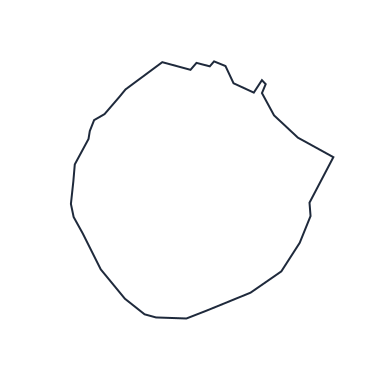 outline of Nomwin, Federated States of Micronesia, rotated 25°
{"feature_id": "79324940B5311859282342", "entity_name": "Nomwin", "entity_type": "district", "adm_level": 2, "iso_a3": "FSM", "parent_name": "Federated States of Micronesia", "parent_adm1": "", "projection": "equal_earth", "projection_center": [151.746, 8.431], "detail": "fine", "context": "isolated", "style": "outline", "palette": "slate", "viewbox_px": 384, "rotation_deg": 25, "n_neighbors": 0, "source": "geoboundaries", "source_scale": "gbopen_adm2", "svg_char_len": 598}
<svg xmlns="http://www.w3.org/2000/svg" viewBox="0 0 384 384"><g transform="rotate(25 192 192)"><path d="M303.0,152.0L304.4,122.2L305.4,100.7L265.0,98.0L234.0,87.9L213.6,72.8L213.2,63.1L208.1,61.1L206.0,75.8L183.7,75.9L169.1,63.7L156.8,64.3L155.0,70.6L141.5,73.1L139.0,81.9L110.2,86.9L88.4,127.1L85.9,136.8L79.8,158.4L72.9,168.2L73.6,179.9L75.8,187.7L74.1,216.5L80.0,232.6L87.3,254.0L95.3,264.7L110.7,275.9L142.0,300.7L176.3,317.1L200.7,322.9L212.4,320.9L240.4,309.0L255.3,293.4L287.6,258.5L306.5,226.2L311.1,192.5L309.6,163.7L303.0,152.0Z" fill="none" stroke="#1e293b" stroke-width="2"/></g></svg>